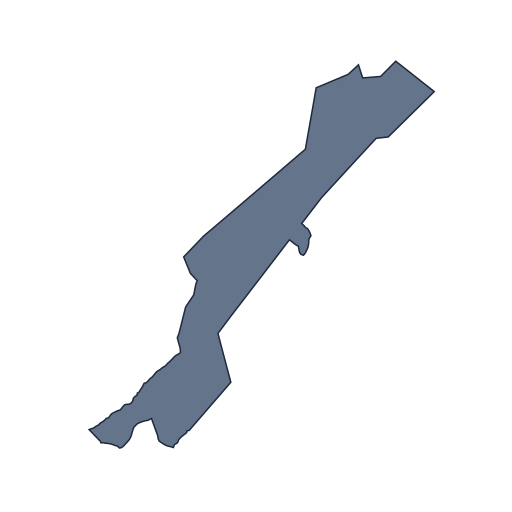 the district of Ribeira do Piauí, Piauí, Brazil, rotated 44°
{"feature_id": "56859067B13441399053941", "entity_name": "Ribeira do Piauí", "entity_type": "district", "adm_level": 2, "iso_a3": "BRA", "parent_name": "Brazil", "parent_adm1": "Piauí", "projection": "equal_earth", "projection_center": [-42.577, -7.944], "detail": "fine", "context": "isolated", "style": "filled", "palette": "slate", "viewbox_px": 512, "rotation_deg": 44, "n_neighbors": 0, "source": "geoboundaries", "source_scale": "gbopen_adm2", "svg_char_len": 1983}
<svg xmlns="http://www.w3.org/2000/svg" viewBox="0 0 512 512"><g transform="rotate(44 256 256)"><path d="M256.5,496.8L272.7,497.4L274.3,498.1L275.5,496.7L277.7,495.3L280.4,493.1L283.6,491.3L286.1,490.3L288.0,489.1L291.3,488.9L292.4,487.1L292.7,484.6L292.7,482.5L292.6,479.1L292.4,476.0L291.8,473.8L290.9,471.6L289.5,469.1L287.9,465.9L287.1,463.7L287.1,459.5L287.7,457.6L288.5,455.7L290.3,452.3L291.3,450.7L292.4,449.3L293.7,445.5L310.2,453.6L312.6,455.5L314.9,456.4L317.9,455.9L319.5,455.6L322.1,455.0L323.8,454.4L327.9,452.0L329.6,451.2L328.3,448.1L329.2,445.7L328.9,443.6L328.0,442.0L327.9,438.4L328.2,435.9L328.8,431.3L327.8,429.7L329.1,427.9L328.6,419.1L325.6,364.3L298.8,348.1L282.4,338.1L279.5,315.0L274.5,270.8L268.8,221.1L276.1,220.4L277.6,220.1L279.8,219.6L283.2,222.1L285.2,223.3L287.2,223.6L289.6,222.5L289.5,220.0L288.3,216.1L287.4,213.8L285.8,211.2L284.4,209.5L282.8,207.7L282.0,206.0L281.5,203.3L278.9,201.9L276.6,201.1L274.0,200.5L271.9,201.1L270.1,200.8L266.3,200.9L262.6,168.3L261.2,111.9L260.7,87.8L268.4,78.6L270.0,13.9L252.3,15.7L250.9,15.8L221.2,18.8L220.9,40.3L209.0,53.8L196.9,47.3L196.1,61.4L182.4,93.2L192.2,107.6L217.4,145.0L216.8,150.3L212.0,201.1L205.9,264.1L205.7,266.2L204.5,277.8L204.6,306.9L220.9,314.1L225.4,314.3L230.9,314.6L232.2,317.9L238.2,327.2L240.8,341.5L243.7,346.6L254.4,365.2L256.2,369.5L261.7,372.8L265.5,375.0L268.8,378.0L268.3,380.6L267.5,383.0L267.2,385.3L267.3,388.2L267.3,391.6L267.0,394.8L267.2,397.2L266.8,399.4L266.2,401.2L265.9,404.3L265.2,406.7L264.9,408.8L265.1,411.7L265.4,414.5L265.0,418.1L265.1,420.1L265.1,423.4L263.9,425.2L264.5,427.0L265.1,428.9L265.7,432.2L266.4,435.0L265.9,437.2L267.2,438.9L266.5,441.0L266.6,443.6L268.1,446.1L268.3,449.2L267.4,451.0L266.2,452.3L264.8,454.3L265.0,458.0L265.3,460.9L263.8,463.7L262.7,466.8L261.7,470.0L262.3,475.0L261.1,476.7L261.2,478.8L260.9,481.5L260.1,483.9L260.1,486.9L259.2,489.6L258.6,492.8L257.3,495.1L256.5,496.8Z" fill="#64748b" stroke="#1e293b" stroke-width="1.5"/></g></svg>